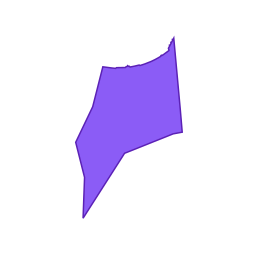 63, Qatar (Natural Earth projection), rotated 207°
{"feature_id": "91078587B45177861896297", "entity_name": "63", "entity_type": "district", "adm_level": 2, "iso_a3": "QAT", "parent_name": "Qatar", "parent_adm1": "", "projection": "natural_earth1", "projection_center": [51.521, 25.322], "detail": "fine", "context": "isolated", "style": "filled", "palette": "violet", "viewbox_px": 256, "rotation_deg": 207, "n_neighbors": 0, "source": "geoboundaries", "source_scale": "gbopen_adm2", "svg_char_len": 751}
<svg xmlns="http://www.w3.org/2000/svg" viewBox="0 0 256 256"><g transform="rotate(207 128 128)"><path d="M77.8,148.9L89.8,168.2L128.0,228.8L128.0,227.8L128.7,227.1L128.1,226.5L128.1,224.5L128.7,223.8L128.1,223.2L128.1,221.2L128.7,220.6L128.1,219.9L128.2,217.4L126.8,215.9L126.8,215.4L130.4,208.3L130.7,208.3L131.0,208.2L131.4,207.8L131.5,207.4L131.5,207.1L131.3,206.8L132.9,204.3L135.0,201.2L137.5,197.9L139.0,196.2L142.1,192.7L145.7,189.1L146.6,189.2L150.0,186.3L153.8,183.3L154.9,183.6L155.6,183.1L156.6,183.4L156.8,182.3L157.5,181.8L157.8,180.7L165.7,176.5L166.1,175.5L170.6,173.8L178.2,171.1L169.1,130.9L168.1,91.5L144.3,64.3L127.2,27.5L127.1,27.2L119.6,103.9L85.1,143.3L77.8,148.9Z" fill="#8b5cf6" stroke="#5b21b6" stroke-width="1.5"/></g></svg>